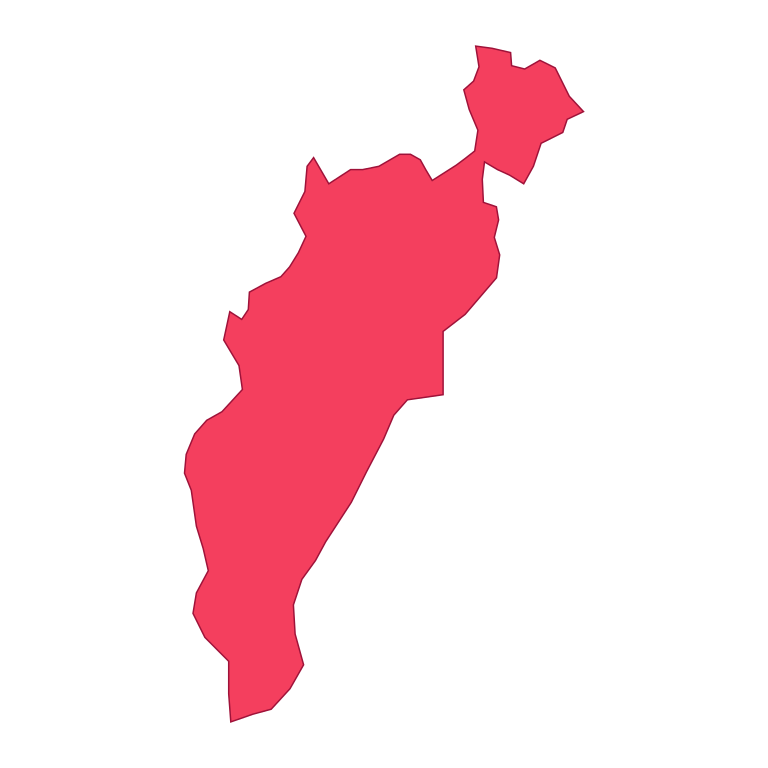 Nikitari, Nicosia, Cyprus (orthographic projection)
{"feature_id": "46923920B48004399301476", "entity_name": "Nikitari", "entity_type": "district", "adm_level": 2, "iso_a3": "CYP", "parent_name": "Cyprus", "parent_adm1": "Nicosia", "projection": "orthographic", "projection_center": [32.981, 35.047], "detail": "fine", "context": "isolated", "style": "filled", "palette": "rose", "viewbox_px": 768, "rotation_deg": 0, "n_neighbors": 0, "source": "geoboundaries", "source_scale": "gbopen_adm2", "svg_char_len": 1211}
<svg xmlns="http://www.w3.org/2000/svg" viewBox="0 0 768 768"><path d="M510.6,52.6L492.1,48.3L475.7,46.1L479.0,66.8L473.6,81.1L463.8,89.8L469.2,109.5L477.9,130.2L474.7,151.0L464.9,158.7L456.2,165.2L432.2,180.5L425.7,169.6L420.3,159.8L410.5,154.3L399.6,154.3L378.9,166.3L362.6,169.6L350.6,169.6L328.8,183.8L313.6,157.6L307.1,166.3L304.9,191.5L294.0,213.3L306.0,236.3L298.4,252.7L289.6,266.9L280.9,276.7L265.7,283.3L249.4,292.1L248.3,309.5L241.7,319.4L229.8,311.7L223.7,340.0L239.0,365.6L242.4,389.5L222.0,411.7L206.7,420.3L194.7,433.9L186.2,454.4L184.5,473.2L191.3,490.3L196.4,526.2L203.2,548.5L208.3,570.7L196.4,592.9L193.0,613.4L204.9,637.4L228.7,661.3L228.7,693.8L230.8,721.9L252.5,714.3L271.2,709.2L290.0,688.7L303.6,664.8L295.1,634.0L293.4,604.9L301.9,579.3L315.5,560.5L325.7,541.7L351.3,502.3L366.6,471.6L383.6,439.1L393.8,415.2L407.4,399.8L443.1,394.7L443.1,331.4L465.2,314.3L496.5,277.8L499.7,254.9L494.3,237.4L498.6,219.9L496.4,206.8L483.4,202.4L482.3,179.4L484.5,161.9L497.5,169.6L509.5,175.1L523.7,183.8L533.4,166.3L541.1,143.3L562.8,132.4L567.2,119.3L583.5,111.6L569.3,96.3L562.8,83.2L555.2,67.9L539.9,60.3L524.7,69.0L511.6,65.7L510.6,52.6Z" fill="#f43f5e" stroke="#9f1239" stroke-width="1.5"/></svg>